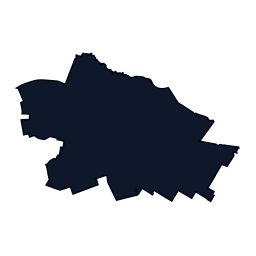 Assen, Drenthe, Netherlands, rotated 268°
{"feature_id": "6326949B46480048761127", "entity_name": "Assen", "entity_type": "district", "adm_level": 2, "iso_a3": "NLD", "parent_name": "Netherlands", "parent_adm1": "Drenthe", "projection": "albers", "projection_center": [6.575, 52.997], "detail": "fine", "context": "isolated", "style": "filled", "palette": "ink", "viewbox_px": 256, "rotation_deg": 268, "n_neighbors": 0, "source": "geoboundaries", "source_scale": "gbopen_adm2", "svg_char_len": 5585}
<svg xmlns="http://www.w3.org/2000/svg" viewBox="0 0 256 256"><g transform="rotate(268 128 128)"><path d="M56.3,114.0L60.8,135.0L66.4,133.8L65.2,134.4L64.3,134.6L63.9,135.1L61.9,136.3L67.4,139.9L61.7,148.5L61.6,148.4L60.4,150.1L61.6,150.9L62.1,150.0L64.9,151.7L56.5,164.5L53.5,169.2L64.0,176.0L55.6,189.2L62.0,193.4L54.2,205.3L53.8,205.0L51.8,208.0L54.4,209.7L54.5,209.6L57.6,211.6L58.7,210.0L61.3,211.7L65.2,205.6L75.5,212.3L77.4,213.4L77.5,213.2L78.6,213.9L78.5,214.0L88.4,220.3L86.3,225.7L96.6,232.8L96.8,232.7L100.0,232.4L99.8,235.0L99.7,235.4L99.4,235.8L102.2,235.4L102.3,236.4L103.6,236.3L103.7,238.0L105.1,237.9L105.5,234.9L106.4,229.8L107.5,223.6L107.3,223.5L108.2,219.0L107.2,218.6L108.1,215.2L108.6,215.3L108.8,214.8L109.0,213.8L110.8,205.7L112.4,199.2L131.3,214.0L132.7,213.2L132.6,212.6L132.5,211.9L132.6,209.8L132.7,209.5L132.8,209.4L134.9,207.8L135.0,207.8L135.1,208.0L135.4,207.9L135.5,207.7L136.3,206.0L136.4,205.8L136.6,205.5L136.7,204.9L136.9,204.6L137.2,204.2L137.3,204.0L137.4,203.7L137.4,203.3L137.6,203.0L137.9,202.1L138.1,201.8L138.1,201.5L138.5,200.3L138.6,200.0L138.5,199.8L138.7,199.4L139.1,198.3L139.2,198.2L139.4,198.2L139.5,197.8L140.0,196.6L140.2,196.4L140.1,196.0L140.2,195.6L140.0,195.1L140.2,194.6L140.5,194.2L140.5,193.8L140.9,193.5L141.3,193.5L143.3,190.6L145.6,187.3L151.6,178.7L166.7,169.8L166.7,169.6L166.9,169.4L166.4,167.5L166.2,166.4L166.1,165.2L166.0,164.0L166.1,162.6L166.3,161.3L166.5,160.4L166.9,159.1L167.5,157.9L168.6,156.4L169.1,155.7L170.0,154.8L171.3,154.0L174.2,152.9L175.0,152.4L175.7,151.7L176.1,151.0L176.5,150.1L176.6,149.4L176.8,147.7L177.0,147.2L177.3,146.6L177.9,145.6L178.4,144.6L178.6,143.9L178.6,142.4L178.7,141.6L178.9,141.2L179.0,140.4L179.2,138.2L179.2,137.6L179.0,136.9L178.6,135.4L178.4,134.7L178.3,133.9L178.3,133.2L178.4,132.4L178.8,131.2L179.3,131.2L179.8,130.4L180.3,129.9L180.3,129.7L180.1,129.3L180.0,129.1L180.0,128.8L180.2,128.5L180.8,128.3L181.2,128.0L181.1,127.8L180.8,127.7L180.7,127.6L180.8,127.3L180.9,127.0L181.5,126.7L181.4,126.3L181.7,125.7L181.8,124.7L182.0,124.6L182.5,124.8L183.4,124.9L183.5,124.7L183.5,124.4L183.2,124.2L182.9,124.2L182.7,124.0L182.3,124.1L182.0,124.0L181.9,123.8L182.1,123.4L182.4,123.5L182.5,123.4L182.6,123.0L182.7,122.7L183.2,122.2L183.3,121.8L183.2,121.6L182.5,121.2L182.3,120.9L182.3,120.7L182.7,120.5L183.1,120.8L183.3,120.6L183.3,120.4L183.2,120.2L182.8,119.9L182.6,119.6L182.4,119.1L182.7,119.0L183.0,119.3L183.3,119.2L183.4,118.7L183.6,118.3L184.3,117.4L184.7,117.6L184.9,117.7L185.0,117.6L185.0,117.4L184.4,116.9L184.4,116.6L184.0,116.4L184.3,116.1L184.3,115.9L183.5,115.2L183.1,115.0L182.6,114.9L182.4,114.8L182.4,114.6L182.6,114.6L183.1,114.3L183.3,114.3L183.3,114.6L184.2,114.9L184.4,114.6L184.9,114.4L185.1,114.0L185.1,113.2L185.8,113.0L186.4,113.0L186.8,112.7L186.9,112.4L186.6,112.3L186.3,112.4L186.2,112.3L186.2,112.1L186.3,111.4L186.7,111.4L186.6,110.6L187.1,110.3L187.5,110.0L187.5,109.9L187.3,109.7L187.1,109.3L187.8,108.9L188.4,108.6L188.7,108.4L189.4,108.1L189.4,107.9L189.4,107.4L189.5,107.3L189.6,107.5L189.7,107.8L189.9,107.9L190.0,107.9L190.4,107.3L190.6,107.1L190.7,107.5L191.0,108.0L191.1,107.9L191.4,107.6L191.8,107.7L192.0,107.6L191.9,107.3L192.3,106.9L192.4,106.6L193.3,106.1L193.3,105.7L193.3,105.3L193.3,105.1L193.1,104.8L192.8,104.3L192.6,104.0L192.8,103.8L193.1,104.0L193.2,103.9L193.3,103.5L193.6,103.2L193.2,102.9L192.9,103.2L192.4,103.3L192.3,103.2L192.5,102.7L193.3,102.5L193.5,102.2L193.6,101.9L193.6,101.7L194.1,101.6L194.5,101.1L195.2,101.0L195.8,100.2L196.9,99.5L197.3,99.2L197.5,99.0L197.5,98.9L197.5,98.6L197.2,98.2L197.3,98.0L197.8,97.8L198.2,97.7L198.6,97.7L198.9,97.9L199.2,97.9L199.4,97.8L199.9,97.3L201.2,96.8L201.2,96.7L201.2,95.9L201.6,95.7L201.8,95.6L201.8,95.4L201.6,95.0L201.6,94.7L201.8,94.2L202.1,94.0L202.3,93.9L202.9,94.0L203.4,94.3L203.7,94.3L203.8,94.0L203.8,93.7L203.6,93.5L203.5,92.9L203.3,92.8L202.9,93.0L202.4,93.0L202.2,92.7L202.1,92.1L202.9,91.6L203.3,90.9L203.4,90.5L203.4,90.3L202.9,90.0L202.8,89.8L202.9,89.7L203.3,89.4L203.7,88.8L203.7,88.6L203.5,88.3L203.4,88.0L203.5,87.4L203.6,86.8L204.2,85.8L204.1,85.7L203.2,84.8L202.4,84.5L201.9,84.0L201.3,83.7L201.1,83.2L201.4,82.5L201.6,82.2L201.7,81.2L201.9,80.4L202.2,79.9L202.7,79.3L202.7,79.1L202.7,78.9L202.0,78.8L201.8,78.6L201.6,78.6L201.1,78.9L201.1,79.1L201.0,79.3L200.8,79.4L200.5,79.4L200.1,79.1L199.3,77.7L192.5,74.8L183.3,70.8L173.8,67.0L176.7,60.5L177.1,59.6L177.3,58.9L177.4,57.9L178.9,45.1L179.0,43.1L179.0,40.7L178.9,39.1L178.7,37.6L178.4,36.1L178.1,34.6L176.0,27.3L175.0,24.4L174.1,22.0L173.9,22.1L173.0,20.3L171.8,18.0L171.1,19.8L170.9,19.9L158.5,24.6L158.3,24.6L158.1,24.5L157.2,22.0L157.1,21.8L156.9,21.7L150.6,22.9L149.4,22.9L147.9,23.0L146.0,22.6L145.4,29.8L145.2,30.3L144.5,30.2L141.2,29.9L141.1,30.4L140.5,30.1L140.2,29.7L140.0,29.2L139.9,27.6L139.9,26.3L140.0,26.1L140.0,25.9L139.9,22.0L139.8,21.5L124.9,23.6L125.8,28.5L122.4,29.5L123.6,33.1L123.7,33.6L123.1,35.0L122.7,35.7L120.9,37.9L120.6,39.2L119.6,43.2L119.6,44.2L119.7,44.6L122.2,49.3L122.2,49.6L122.2,49.8L121.2,54.2L121.1,54.8L121.0,55.0L120.9,54.9L120.8,55.2L120.4,58.4L118.9,58.1L119.0,57.4L118.9,57.4L119.0,56.8L118.9,56.8L118.0,60.7L116.8,63.6L110.7,62.6L111.2,60.3L111.2,60.1L107.2,59.4L102.9,58.4L103.2,57.3L103.2,57.1L101.3,55.8L99.3,55.0L100.0,53.2L98.8,50.5L98.2,49.5L98.1,49.3L94.8,46.1L94.2,44.6L93.3,45.1L93.2,45.1L92.9,45.3L85.8,46.6L85.7,46.4L80.0,47.4L79.7,47.6L79.5,47.9L74.1,44.3L73.7,44.4L68.4,57.9L71.4,68.5L63.9,70.7L65.5,75.3L68.8,85.2L72.4,96.0L78.0,94.6L78.6,94.3L81.8,105.3L74.5,106.0L56.3,114.0Z" fill="#0f172a" stroke="#020617" stroke-width="1.5"/></g></svg>